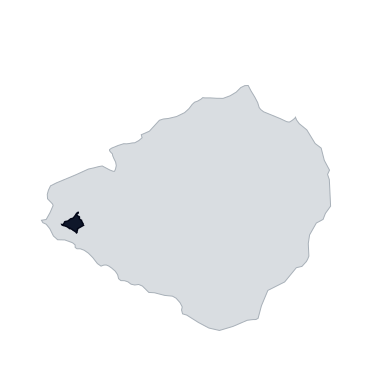 location of Baltasar Brum, Artigas, Uruguay, rotated 292°
{"feature_id": "84410073B74350998718142", "entity_name": "Baltasar Brum", "entity_type": "district", "adm_level": 2, "iso_a3": "URY", "parent_name": "Uruguay", "parent_adm1": "Artigas", "projection": "natural_earth1", "projection_center": [-57.383, -30.74], "detail": "fine", "context": "in_parent", "style": "filled", "palette": "ink", "viewbox_px": 384, "rotation_deg": 292, "n_neighbors": 0, "source": "geoboundaries", "source_scale": "gbopen_adm2", "svg_char_len": 3111}
<svg xmlns="http://www.w3.org/2000/svg" viewBox="0 0 384 384"><g transform="rotate(292 192 192)"><path d="M300.1,259.9L297.9,262.0L295.5,265.9L292.6,275.2L283.1,288.0L281.1,295.3L270.9,302.8L263.8,311.3L259.1,311.1L254.9,314.7L230.8,325.8L222.1,323.7L215.7,323.8L209.8,318.9L196.3,317.1L187.8,319.1L176.3,324.4L172.9,324.4L170.4,324.1L164.2,321.8L160.9,317.1L143.3,311.6L129.2,299.2L112.4,299.0L99.6,300.6L97.7,299.0L96.3,295.8L93.7,291.2L82.6,280.2L73.9,269.3L72.2,258.6L73.4,247.0L75.9,233.2L75.5,228.9L78.7,226.5L81.8,226.0L84.9,222.4L87.6,217.0L88.1,212.9L85.9,205.4L84.5,194.8L82.7,189.6L86.2,181.3L86.3,177.2L84.3,173.7L83.7,170.0L84.7,166.3L84.5,162.7L83.2,159.2L84.1,156.4L87.4,154.1L89.8,150.6L91.4,146.0L92.2,142.4L92.2,139.9L91.2,137.6L89.2,135.4L90.2,131.1L94.0,124.6L96.5,118.8L97.6,113.8L97.5,109.7L96.3,106.6L96.8,104.5L99.2,103.4L100.2,100.2L99.9,92.0L97.4,85.3L99.3,80.0L104.7,73.9L107.5,68.9L107.7,65.2L109.4,63.0L111.9,67.1L119.6,68.1L127.3,68.3L128.6,67.3L131.6,60.6L135.6,58.7L139.9,58.2L144.7,58.5L149.7,62.9L164.0,77.4L174.5,87.4L177.7,92.1L180.4,95.7L182.5,99.0L181.6,107.6L181.7,111.3L182.2,112.4L184.6,112.5L188.1,111.9L191.1,110.0L193.5,107.3L195.8,105.0L197.6,103.8L198.3,102.0L199.4,100.1L200.5,99.7L202.6,101.1L207.4,106.0L211.2,110.6L212.1,113.2L213.6,115.9L215.1,118.2L216.2,120.5L219.9,123.5L223.6,125.4L226.1,123.5L232.4,129.7L246.3,134.9L248.9,138.0L251.3,142.5L256.1,149.3L262.8,155.4L268.2,158.0L273.4,159.4L276.3,160.8L278.3,163.1L281.5,165.6L283.5,166.6L284.1,168.8L286.1,173.7L288.2,180.0L290.5,185.8L295.5,191.3L301.2,195.6L307.1,198.1L310.4,201.1L311.8,204.2L307.8,208.9L303.4,214.8L299.5,219.4L295.5,222.6L294.2,224.8L293.2,228.3L293.1,246.5L292.7,253.3L293.0,255.1L293.5,256.3L296.0,258.1L298.9,259.7L300.1,259.9Z" fill="#d9dde1" stroke="#a8b0b8" stroke-width="1"/><path d="M113.1,83.4L112.9,83.6L112.7,84.1L112.7,84.8L112.8,85.8L113.0,86.9L113.0,89.5L112.7,90.4L112.5,91.6L112.3,91.9L112.2,92.1L112.3,92.4L112.5,92.7L112.7,92.8L112.6,93.1L112.5,93.4L112.5,94.0L112.4,95.1L112.1,95.7L111.7,98.1L111.3,99.5L110.8,100.2L111.1,100.4L111.4,100.5L111.6,100.5L111.8,100.4L112.1,100.2L112.3,100.2L112.5,100.2L112.8,100.0L113.0,99.9L113.2,100.0L113.3,100.1L113.5,100.1L113.8,100.0L114.1,100.0L114.4,99.9L114.6,99.8L114.8,99.9L115.1,99.8L115.2,99.7L120.5,103.9L120.7,103.6L121.0,103.2L121.6,102.9L121.9,102.8L121.9,102.6L122.0,102.4L122.4,102.0L122.7,101.8L123.0,101.3L123.2,100.9L123.3,100.9L123.6,100.8L123.9,100.5L124.0,100.1L124.2,99.9L124.4,99.9L124.4,99.6L124.4,99.3L124.6,98.7L124.7,98.0L124.8,97.7L125.0,97.7L125.3,97.5L125.6,97.2L126.0,97.0L126.5,97.1L126.7,96.6L126.9,96.5L126.9,96.3L126.9,95.6L126.9,95.3L127.1,94.8L127.2,94.5L127.2,94.2L127.6,93.9L128.2,93.6L128.5,93.6L128.9,93.8L129.6,94.2L129.9,94.4L130.1,94.3L130.3,94.3L130.5,94.2L130.3,93.8L129.9,93.6L129.3,93.2L128.9,93.0L127.7,92.8L125.7,92.4L124.2,91.9L122.7,91.2L122.5,90.8L121.9,89.8L121.4,89.4L120.3,88.8L118.8,87.9L118.2,87.3L117.5,86.1L116.9,85.3L116.5,85.1L115.7,85.1L115.0,85.1L114.4,84.9L114.0,84.8L113.5,84.7L113.3,84.1L113.1,83.4Z" fill="#0f172a" stroke="#020617" stroke-width="1.5"/></g></svg>